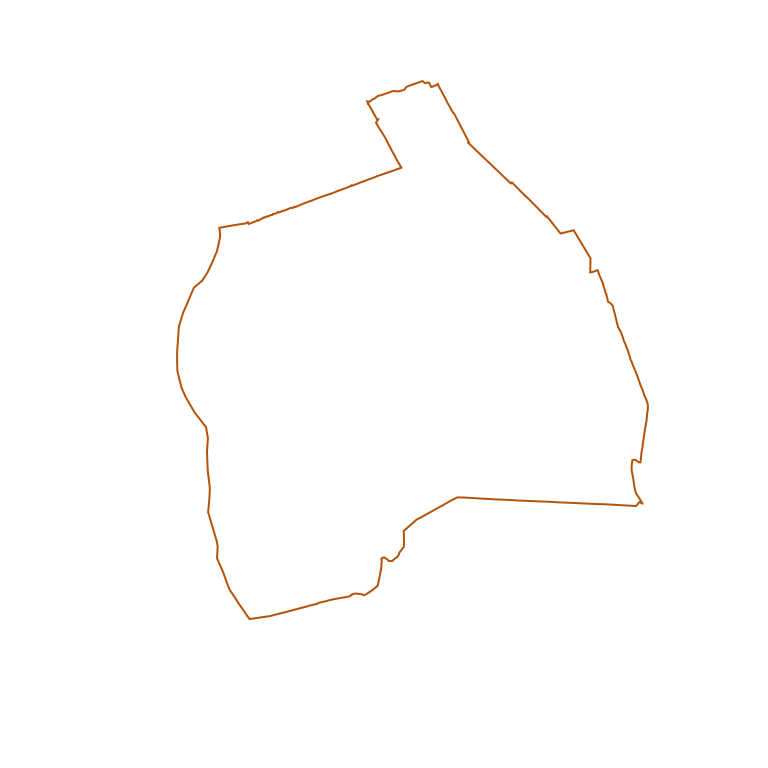 the district of Daeni, Tulcea, Romania, rotated 326°
{"feature_id": "2599482B15451384622174", "entity_name": "Daeni", "entity_type": "district", "adm_level": 2, "iso_a3": "ROU", "parent_name": "Romania", "parent_adm1": "Tulcea", "projection": "orthographic", "projection_center": [28.176, 44.832], "detail": "fine", "context": "isolated", "style": "outline", "palette": "amber", "viewbox_px": 768, "rotation_deg": 326, "n_neighbors": 0, "source": "geoboundaries", "source_scale": "gbopen_adm2", "svg_char_len": 6046}
<svg xmlns="http://www.w3.org/2000/svg" viewBox="0 0 768 768"><g transform="rotate(326 384 384)"><path d="M141.1,503.7L159.6,512.6L172.3,517.1L177.3,518.9L181.9,520.5L190.3,523.4L195.4,525.2L198.7,526.2L206.0,529.0L206.8,528.8L207.8,529.0L213.1,531.1L217.9,532.7L221.2,534.0L224.7,535.5L226.7,536.4L229.7,537.7L232.0,538.8L236.8,540.8L237.6,540.9L238.8,540.5L239.1,540.9L240.3,540.6L243.0,541.7L244.7,543.0L247.8,545.7L249.3,547.9L250.0,548.2L255.3,548.4L260.2,548.3L263.8,547.9L265.4,547.9L266.3,547.4L274.1,539.8L278.2,535.6L280.3,533.2L281.1,531.9L282.9,530.1L283.7,527.8L284.0,527.6L284.5,527.3L285.2,527.2L285.5,527.4L286.6,527.5L287.2,527.8L287.6,528.4L287.9,529.6L288.7,531.2L288.8,532.3L288.8,533.0L289.8,534.1L291.6,535.2L292.0,535.3L295.1,534.8L296.3,534.8L297.8,534.9L298.4,534.5L299.2,534.5L301.1,533.6L301.3,533.1L301.9,532.8L302.1,532.6L302.8,532.3L309.5,530.0L309.7,529.7L311.6,527.1L316.5,519.6L318.1,516.9L318.9,516.8L319.0,516.7L321.4,516.4L321.9,516.4L325.4,515.9L330.7,515.3L335.3,514.6L337.5,514.9L337.8,515.0L339.0,515.2L344.8,515.6L368.6,517.7L374.6,518.1L380.7,518.9L381.7,519.2L387.6,523.4L400.2,533.1L413.1,542.9L418.4,546.8L419.4,547.5L420.0,547.8L421.8,549.3L424.7,551.4L425.3,552.0L431.7,556.8L432.3,557.1L432.4,557.3L449.7,570.1L453.0,572.5L466.8,582.9L466.9,583.0L467.0,583.0L467.3,583.2L494.2,603.2L499.5,606.9L511.9,616.4L524.1,625.6L524.8,625.9L525.4,626.0L526.0,625.9L527.0,625.4L528.6,625.0L530.6,624.9L530.7,625.0L530.7,627.0L531.2,627.5L531.4,627.6L531.5,627.0L531.8,619.5L531.8,616.0L532.1,614.3L534.2,608.8L537.1,603.2L540.5,595.2L543.0,591.0L547.3,586.0L549.9,587.1L551.4,591.4L552.8,592.3L556.7,587.9L558.4,585.6L563.3,580.6L564.2,579.3L571.2,571.7L575.8,566.6L577.8,564.7L579.6,562.7L581.1,561.3L583.1,558.8L585.3,556.1L588.1,553.0L590.1,550.4L591.0,548.9L591.7,547.2L593.0,542.5L593.0,541.1L594.8,534.4L595.3,531.9L595.8,529.3L596.3,527.1L598.3,519.8L599.9,512.4L600.5,509.3L601.0,507.0L601.2,506.4L601.2,506.0L601.7,504.2L602.2,501.0L602.8,499.6L604.1,495.1L604.6,493.8L605.2,491.2L605.5,489.4L605.8,488.5L606.3,486.3L606.6,484.7L607.0,482.4L608.2,478.3L609.1,474.8L609.5,473.3L609.5,471.7L609.6,471.2L609.6,470.1L609.9,468.0L610.0,467.6L611.0,464.5L611.2,463.8L612.4,460.9L613.5,457.7L614.4,455.5L615.4,452.4L615.9,451.1L616.9,448.3L617.3,447.2L617.3,446.0L617.1,444.8L616.8,443.6L616.4,442.3L615.8,440.6L616.7,438.8L617.2,437.3L617.7,435.6L617.9,435.4L618.0,435.0L618.1,434.6L618.4,434.3L618.6,434.1L618.5,433.6L618.5,433.1L619.6,429.7L621.1,424.6L621.4,423.6L621.8,422.5L622.2,421.1L622.4,419.4L623.3,414.9L623.6,413.2L624.5,410.3L624.7,409.5L624.7,409.0L620.2,408.0L617.4,406.8L625.5,395.2L627.2,362.6L614.5,358.0L612.9,336.1L612.0,336.3L606.9,308.8L606.6,308.8L602.8,288.6L601.7,288.8L601.6,288.2L601.2,288.2L588.7,231.2L589.3,231.3L589.5,231.3L589.6,230.9L590.1,227.1L593.3,199.5L593.3,198.6L593.1,198.4L592.9,198.1L593.0,197.2L593.1,195.9L593.2,194.3L593.4,192.9L593.6,189.9L593.8,186.8L594.4,182.6L595.4,173.0L595.6,170.8L596.1,166.5L596.3,165.7L596.4,165.4L594.0,165.4L589.3,164.3L589.3,163.7L589.3,163.3L589.5,162.0L589.7,160.7L589.8,160.0L589.8,159.5L589.0,158.6L588.2,158.2L587.4,158.0L586.2,157.5L586.0,157.0L585.8,156.3L585.6,155.7L585.5,154.8L585.2,154.5L584.8,154.2L583.7,153.9L583.0,153.8L580.6,153.2L578.4,152.6L577.4,152.2L573.8,151.4L571.6,150.8L568.9,150.3L568.2,150.3L567.8,150.5L566.6,151.0L566.0,151.3L565.6,151.4L565.0,151.3L564.4,151.2L562.1,150.4L560.3,149.8L559.8,149.6L559.2,149.2L557.3,147.8L556.1,146.7L555.7,146.4L555.0,146.1L553.1,145.5L551.8,145.3L548.2,144.3L546.1,143.8L543.0,142.9L542.2,142.6L541.7,142.3L540.3,141.9L537.7,141.9L535.8,142.1L533.7,141.7L532.7,141.7L531.8,141.8L531.0,141.9L530.2,141.9L529.8,141.7L529.3,141.4L528.9,141.1L528.5,140.8L528.4,140.6L528.2,140.4L527.9,141.6L527.9,141.8L527.3,143.0L527.7,143.3L526.2,161.1L526.9,161.1L527.2,161.3L525.2,162.3L523.8,162.6L523.6,163.8L523.3,163.8L522.7,180.4L521.0,194.8L520.5,200.6L520.3,202.8L520.0,204.5L519.6,210.8L519.3,214.4L518.4,214.1L517.3,213.9L516.0,213.5L512.7,212.7L507.4,211.3L496.2,208.3L494.3,207.8L492.4,207.5L488.0,206.4L483.5,205.3L480.2,204.5L471.0,202.4L467.4,201.5L467.6,201.1L465.7,201.1L465.3,200.8L464.5,200.8L463.9,200.7L463.4,200.4L461.9,200.2L459.7,199.6L457.8,199.2L455.5,198.6L453.5,198.1L450.0,197.4L449.5,197.2L448.5,197.0L447.0,196.7L446.0,196.3L445.9,196.5L443.2,195.6L440.4,194.8L437.3,194.0L435.1,193.4L431.2,192.5L429.7,192.2L429.1,192.0L427.2,191.7L424.2,190.8L421.2,190.2L419.8,189.8L415.0,188.7L413.4,188.6L412.5,188.2L412.1,188.1L411.2,188.0L410.5,188.0L409.3,187.6L409.0,187.4L408.8,187.0L408.4,187.1L407.8,187.1L407.5,186.9L407.2,187.0L406.7,187.0L406.4,186.9L405.4,185.9L405.1,185.9L397.8,184.3L396.5,183.7L395.6,183.6L395.1,183.6L394.9,183.4L394.2,183.3L394.0,183.2L392.8,183.0L392.9,182.6L392.7,182.4L392.3,182.3L392.1,182.2L391.8,182.1L391.0,182.1L390.4,182.2L389.9,182.2L389.6,182.2L388.1,181.5L387.2,181.4L387.1,181.1L386.8,181.0L386.6,181.2L386.3,181.3L385.4,181.1L385.1,180.8L384.7,180.6L383.9,180.5L383.2,180.4L381.3,180.2L381.2,180.2L381.0,179.7L379.6,179.4L378.3,179.1L377.7,178.9L377.7,179.1L376.2,178.7L375.8,178.7L375.4,178.5L374.1,178.6L373.8,178.4L373.5,178.4L373.2,178.3L372.8,178.3L372.0,178.5L371.8,178.5L371.5,178.4L371.3,178.2L371.1,178.2L370.9,178.1L370.7,177.7L370.8,177.5L370.7,177.4L370.1,177.5L369.0,177.4L367.7,177.1L366.3,176.9L366.3,176.7L363.9,176.3L361.3,175.6L361.6,173.7L360.4,173.6L358.3,173.2L355.8,171.9L348.1,168.3L334.8,162.4L332.2,167.6L330.3,170.4L327.4,173.3L322.7,177.8L319.3,180.8L309.8,187.0L300.8,192.4L299.9,192.9L290.8,196.7L280.3,197.9L275.2,201.1L265.5,207.4L263.2,208.9L257.3,212.6L246.0,221.8L230.9,241.1L225.6,248.8L220.3,257.2L219.9,257.9L215.3,270.4L214.0,274.1L212.3,283.9L211.5,295.0L211.2,300.9L211.1,302.0L212.3,320.3L208.6,328.5L207.6,330.6L203.3,336.1L199.1,341.6L189.7,356.8L181.6,372.5L179.3,375.8L175.5,380.9L166.5,392.0L157.5,420.6L155.3,425.6L148.1,435.2L145.5,449.5L142.9,459.8L141.0,468.0L141.0,477.1L140.8,484.8L141.0,500.9L141.1,503.7Z" fill="none" stroke="#b45309" stroke-width="2"/></g></svg>